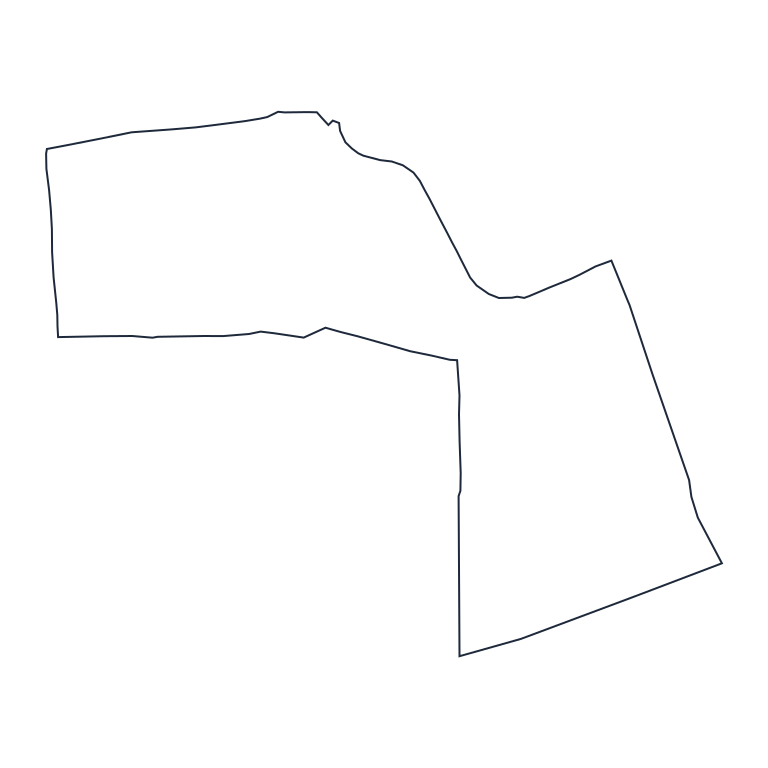 the district of Mean Chey, Phnom Penh, Cambodia
{"feature_id": "14789045B35009780503232", "entity_name": "Mean Chey", "entity_type": "district", "adm_level": 2, "iso_a3": "KHM", "parent_name": "Cambodia", "parent_adm1": "Phnom Penh", "projection": "albers", "projection_center": [104.901, 11.516], "detail": "fine", "context": "isolated", "style": "outline", "palette": "slate", "viewbox_px": 768, "rotation_deg": 0, "n_neighbors": 0, "source": "geoboundaries", "source_scale": "gbopen_adm2", "svg_char_len": 1313}
<svg xmlns="http://www.w3.org/2000/svg" viewBox="0 0 768 768"><path d="M721.9,563.3L697.8,517.6L691.4,496.9L689.1,480.1L652.6,374.6L629.5,304.9L627.7,300.7L611.4,260.6L595.6,266.4L579.1,275.0L570.9,278.9L555.7,285.0L548.5,287.9L538.2,292.3L529.2,296.1L524.2,297.9L517.2,296.7L511.9,297.7L498.9,298.0L488.8,294.0L476.6,285.5L470.1,277.5L461.0,259.6L456.8,251.2L451.9,242.1L447.4,233.3L440.2,219.6L429.6,199.0L424.9,190.5L419.8,180.8L413.5,172.6L402.9,165.3L391.8,161.5L380.1,160.1L363.4,155.7L358.3,153.3L352.0,148.6L345.4,142.3L340.1,130.9L339.1,123.0L332.8,120.6L328.4,125.0L321.2,117.2L316.9,112.3L307.5,112.1L284.6,112.4L278.1,111.8L267.1,117.1L259.7,118.7L252.9,119.8L246.4,120.9L242.1,121.5L212.4,125.3L195.5,127.4L171.5,129.4L131.6,132.3L97.6,139.2L67.0,145.2L46.9,149.0L46.1,153.7L46.4,168.8L49.1,190.2L50.8,209.6L51.9,229.1L52.1,252.2L53.6,277.5L56.3,303.2L57.3,314.9L57.5,326.3L58.1,337.1L104.1,336.2L132.2,336.0L152.6,337.7L157.5,336.8L204.1,336.0L222.9,336.1L249.0,334.0L260.7,331.6L274.6,333.3L303.7,337.6L325.5,327.7L330.7,329.2L340.6,332.0L357.7,336.3L383.7,343.6L410.1,351.2L431.2,355.5L449.9,359.8L457.1,360.2L459.5,395.5L459.0,414.3L459.2,423.3L459.6,441.6L460.7,473.1L460.4,490.8L458.6,496.1L459.5,656.2L520.9,638.9L634.2,596.6L721.9,563.3Z" fill="none" stroke="#1e293b" stroke-width="2"/></svg>